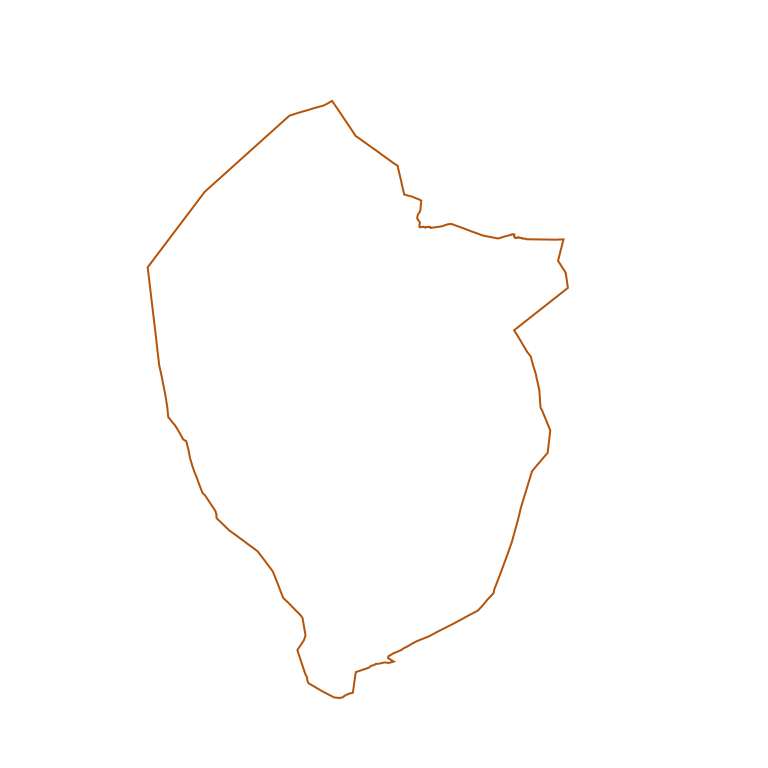 Selbu nor, Sør-Trøndelag, Norway (Albers equal-area conic projection), rotated 252°
{"feature_id": "86288312B45972287407526", "entity_name": "Selbu nor", "entity_type": "district", "adm_level": 2, "iso_a3": "NOR", "parent_name": "Norway", "parent_adm1": "Sør-Trøndelag", "projection": "albers", "projection_center": [11.135, 63.176], "detail": "fine", "context": "isolated", "style": "outline", "palette": "amber", "viewbox_px": 768, "rotation_deg": 252, "n_neighbors": 0, "source": "geoboundaries", "source_scale": "gbopen_adm2", "svg_char_len": 5181}
<svg xmlns="http://www.w3.org/2000/svg" viewBox="0 0 768 768"><g transform="rotate(252 384 384)"><path d="M668.4,376.9L622.2,272.9L568.0,195.3L495.9,181.0L486.3,179.0L471.4,176.0L460.8,175.0L445.0,173.1L441.9,172.8L433.9,171.5L428.2,170.6L423.1,169.4L418.7,168.6L417.4,169.3L415.8,170.0L413.8,170.6L410.8,171.8L410.2,172.2L404.8,173.6L401.3,174.3L400.0,174.7L398.8,174.8L395.7,175.5L393.6,175.8L393.1,176.1L391.5,177.5L390.9,178.2L388.1,178.2L387.4,178.0L381.0,177.6L374.9,176.8L372.4,176.6L371.7,176.5L370.7,176.6L369.0,176.5L367.6,176.5L366.8,176.4L366.1,176.4L359.7,176.5L356.3,176.7L353.9,177.0L348.3,177.1L336.6,177.7L333.3,179.4L316.5,184.1L314.9,184.4L314.2,184.5L313.5,184.2L313.3,184.2L312.7,184.1L312.4,184.3L312.2,184.2L311.9,184.3L311.2,184.4L310.8,184.1L310.7,184.1L310.5,183.9L310.0,183.8L309.7,183.7L309.4,183.5L309.1,183.6L308.0,183.4L294.4,190.6L292.5,191.6L283.8,198.0L281.6,199.5L279.1,201.4L274.9,204.3L264.0,212.1L261.4,213.0L241.5,219.9L240.2,220.3L238.9,220.4L237.1,220.5L228.9,221.1L211.7,222.0L205.3,225.5L196.0,230.1L189.5,233.4L189.2,233.5L186.6,234.2L169.3,231.7L166.7,229.9L164.8,228.4L157.8,219.4L153.5,219.4L132.5,219.5L128.6,220.2L127.6,219.8L125.5,219.5L122.8,219.7L113.8,227.7L111.5,229.7L101.3,239.7L99.2,244.6L98.7,247.8L98.8,247.9L98.9,248.1L99.2,248.8L99.4,249.3L99.4,249.7L99.7,250.3L99.7,250.9L99.8,251.1L99.9,251.6L100.0,251.9L100.1,252.2L100.1,252.8L100.2,253.0L100.0,253.7L100.0,254.1L100.3,254.8L100.3,255.0L100.3,255.8L100.2,256.1L100.2,256.5L100.1,256.9L100.0,257.2L100.0,257.9L100.1,258.3L100.0,258.5L99.9,258.7L99.9,258.8L101.0,259.5L117.1,267.3L118.7,268.2L118.9,281.9L119.2,282.9L119.7,283.8L119.9,284.9L120.0,285.3L119.8,287.3L119.9,288.4L120.1,288.9L120.3,289.7L120.1,290.8L119.6,292.4L119.6,292.9L119.3,294.8L119.4,295.2L119.0,298.3L118.7,299.4L117.6,301.4L117.3,302.4L117.1,304.4L117.0,307.5L121.9,303.2L123.4,303.8L123.8,304.4L124.3,306.9L125.0,310.0L125.1,312.2L125.5,316.7L125.7,318.5L126.6,321.0L127.1,324.7L128.5,331.4L129.3,335.9L130.1,348.8L131.7,357.3L134.8,377.1L137.3,390.6L139.5,403.2L142.7,409.1L146.8,415.5L151.4,423.7L154.6,425.4L155.5,426.2L159.8,429.7L165.1,434.0L170.2,438.1L177.1,443.5L184.3,449.2L195.0,457.3L206.6,464.9L212.7,469.0L224.4,476.2L255.4,497.9L261.7,508.1L268.0,518.4L283.9,525.7L288.6,527.8L310.8,526.1L311.3,525.9L311.6,525.9L311.8,525.9L312.0,525.8L312.7,525.6L314.1,525.8L330.6,529.9L343.7,531.1L345.2,531.4L351.9,531.6L355.2,531.5L358.1,531.7L358.6,531.7L364.6,532.1L365.4,531.9L366.9,531.3L370.2,530.1L378.1,528.3L388.0,526.1L394.9,524.3L418.6,588.6L433.7,591.2L447.4,587.6L466.1,599.4L468.0,592.5L468.2,591.9L471.2,583.1L477.3,565.2L477.5,564.5L477.7,564.1L478.3,563.8L478.6,563.4L478.9,562.5L478.9,561.8L479.2,561.5L479.4,560.9L479.8,560.6L480.2,560.4L480.3,560.1L480.3,559.9L480.3,559.6L480.4,559.4L480.6,559.3L480.7,559.0L480.8,558.9L480.9,558.5L481.2,558.4L481.3,558.3L481.3,558.2L481.5,557.9L481.4,557.9L481.6,557.8L481.6,557.5L481.8,557.5L482.0,557.2L482.1,556.8L482.0,556.5L482.0,556.3L481.9,556.3L481.9,556.2L481.9,555.9L481.8,555.7L481.9,555.4L481.9,555.2L482.0,555.1L482.0,554.8L482.1,554.7L482.4,554.5L482.5,554.4L482.4,554.3L482.6,554.2L482.7,553.9L482.8,553.8L482.8,553.7L483.2,553.6L483.3,553.5L483.7,553.6L483.8,553.5L483.9,553.4L484.6,553.4L484.8,553.5L485.0,553.5L485.3,553.7L485.9,553.7L486.0,553.9L486.3,553.5L486.3,553.4L486.5,553.2L486.6,552.9L486.7,552.6L486.7,552.4L486.6,552.2L486.7,551.8L486.7,551.7L486.8,551.6L486.8,551.4L486.6,551.2L486.6,550.3L486.6,550.2L487.0,544.3L487.1,537.5L490.0,532.3L492.6,527.6L492.8,527.0L493.9,525.4L495.1,523.4L496.5,521.5L497.4,520.5L500.2,516.8L501.3,515.4L501.8,514.7L504.1,511.9L505.4,510.3L506.8,508.6L510.7,503.6L513.0,500.6L515.3,497.7L515.7,496.2L515.9,495.6L515.9,495.2L516.2,494.3L516.1,493.8L516.2,493.2L516.2,491.6L516.1,489.8L516.1,487.8L516.3,486.5L516.5,485.1L517.1,481.9L518.0,476.7L518.4,476.8L518.5,476.8L519.0,476.6L519.1,476.4L519.2,476.1L519.2,475.9L519.2,475.7L519.5,475.5L519.6,475.3L519.6,475.1L519.6,474.7L519.7,474.3L519.7,474.1L519.8,474.0L520.0,473.9L520.0,473.4L520.1,473.2L520.1,472.9L520.1,472.7L520.1,472.4L520.2,472.2L520.3,471.9L520.3,471.7L520.4,471.4L520.6,471.3L520.6,471.1L520.7,470.9L520.8,470.9L520.7,470.9L520.8,470.8L520.8,470.7L521.0,470.5L521.0,470.4L521.2,469.9L521.3,469.9L521.3,469.7L521.5,469.3L521.5,469.2L521.7,468.9L521.8,468.8L521.8,468.7L521.8,468.4L521.8,468.1L521.8,467.8L521.8,467.6L521.8,467.3L521.8,467.2L521.9,466.8L521.9,466.6L522.1,466.4L523.2,466.5L523.9,466.7L524.4,466.9L525.8,467.8L526.0,467.9L526.4,468.0L526.8,468.0L527.6,467.7L529.1,467.3L529.4,467.3L529.8,467.3L530.0,467.1L530.6,466.8L530.9,466.7L531.4,466.8L532.2,467.2L533.2,467.7L534.3,468.4L534.7,468.7L535.1,469.1L535.4,469.5L536.0,470.5L536.3,470.8L536.6,471.2L538.4,472.5L540.5,473.3L546.8,476.1L548.3,474.8L549.8,473.0L550.1,472.7L552.1,470.2L553.5,468.6L557.9,461.8L569.1,462.7L571.1,463.0L586.2,464.2L587.2,464.4L591.8,460.8L598.0,456.3L602.6,452.9L607.7,449.3L614.6,444.1L618.6,441.2L626.6,435.3L628.4,433.8L639.4,430.7L658.7,425.2L669.3,422.1L668.1,416.4L667.5,412.8L667.8,406.2L668.0,401.7L668.0,397.5L668.4,386.1L668.4,380.9L668.4,376.9Z" fill="none" stroke="#b45309" stroke-width="2"/></g></svg>